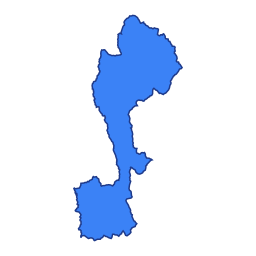 Chachapoyas, Amazonas, Peru
{"feature_id": "86281439B12993203122991", "entity_name": "Chachapoyas", "entity_type": "district", "adm_level": 2, "iso_a3": "PER", "parent_name": "Peru", "parent_adm1": "Amazonas", "projection": "robinson", "projection_center": [-77.817, -6.465], "detail": "fine", "context": "isolated", "style": "filled", "palette": "blue", "viewbox_px": 256, "rotation_deg": 0, "n_neighbors": 0, "source": "geoboundaries", "source_scale": "gbopen_adm2", "svg_char_len": 5803}
<svg xmlns="http://www.w3.org/2000/svg" viewBox="0 0 256 256"><path d="M127.0,235.8L129.5,234.0L130.9,232.4L130.5,229.9L130.6,229.6L131.6,228.7L131.7,228.1L133.0,227.3L135.2,226.5L135.5,225.3L136.8,223.7L135.3,222.2L135.0,221.4L134.1,221.0L133.7,220.5L131.9,216.3L132.3,214.8L131.2,214.1L130.9,212.7L130.4,212.0L130.6,210.3L130.2,209.1L129.1,207.3L128.4,205.2L126.4,202.0L125.9,200.3L126.9,198.9L131.1,198.0L131.8,197.4L132.1,196.8L131.5,195.6L131.1,191.8L130.6,191.0L129.5,190.3L129.0,188.5L129.5,184.9L130.7,181.2L129.8,180.2L130.0,178.6L129.6,177.4L130.4,175.7L130.1,174.0L129.4,172.1L129.9,170.1L130.8,168.6L130.5,167.4L130.8,167.2L131.9,167.6L133.2,168.9L135.1,169.9L136.1,172.4L137.8,173.8L139.4,174.1L140.4,173.9L142.1,173.1L142.8,172.6L143.3,171.4L145.3,170.1L145.8,167.9L145.9,166.4L145.7,166.1L146.9,165.0L146.8,164.5L150.4,160.7L151.3,160.1L152.1,159.9L151.3,159.2L150.4,159.0L149.3,158.3L146.6,158.0L145.4,155.9L145.3,154.0L144.5,152.5L143.5,152.9L142.6,152.6L141.5,152.7L139.8,154.2L138.9,154.0L138.0,153.4L137.0,153.2L136.5,152.4L136.4,151.1L136.5,149.6L136.9,148.5L134.8,148.3L133.2,146.8L133.4,146.1L132.8,144.1L133.3,143.0L132.6,141.6L132.8,138.9L132.2,136.1L132.7,134.3L132.2,131.8L131.5,130.2L131.5,128.8L130.7,128.0L131.8,127.3L132.0,125.5L130.9,124.4L129.4,121.9L129.9,118.5L128.9,115.5L128.2,114.8L128.3,114.4L129.7,110.7L132.3,108.8L132.5,107.9L135.1,105.9L137.4,105.7L136.3,103.9L136.1,102.9L136.5,101.4L137.0,100.9L138.2,100.2L139.1,100.0L139.7,100.3L142.1,100.4L142.8,101.0L143.9,101.1L145.2,99.4L145.9,99.3L147.3,98.3L148.0,97.5L149.6,96.7L149.8,96.0L151.7,95.4L152.6,93.8L152.7,90.2L153.3,88.8L153.9,88.3L156.0,90.2L157.1,90.5L159.3,93.4L159.8,93.1L160.7,93.3L163.3,94.5L164.1,93.7L165.8,93.0L168.6,89.8L169.4,88.0L170.0,85.1L170.5,84.6L170.9,83.6L171.0,82.8L170.5,81.8L170.6,80.7L171.6,79.7L172.0,78.4L172.6,77.8L173.3,76.3L173.9,75.7L174.5,75.6L174.9,74.6L176.0,74.3L176.6,73.7L178.4,71.3L179.5,69.1L181.3,68.6L182.1,67.6L180.0,64.3L178.8,63.6L178.8,62.4L178.5,62.0L177.1,62.0L176.3,61.0L177.1,58.3L176.7,56.4L175.1,53.8L174.4,53.4L174.5,51.5L175.2,51.1L174.7,48.7L175.1,47.5L175.0,47.0L174.3,46.4L172.2,46.2L171.9,45.1L171.2,44.4L169.8,41.4L169.0,41.4L168.3,40.6L168.2,39.1L165.8,38.7L165.2,37.7L165.2,36.3L163.8,34.0L163.3,33.8L162.1,35.1L161.4,34.7L160.6,34.8L159.8,35.7L159.1,35.6L157.9,34.9L157.5,34.5L157.6,33.7L158.4,29.8L158.3,29.2L157.6,28.7L155.8,28.5L154.3,27.9L153.0,28.8L151.3,27.9L149.8,28.0L148.9,27.5L147.8,26.1L145.7,25.2L145.3,24.2L144.0,23.5L143.6,22.1L141.1,23.2L140.5,23.2L138.8,19.7L138.2,19.1L137.5,17.6L134.9,15.7L132.6,15.4L132.0,15.8L131.0,16.0L129.7,15.9L129.0,17.2L127.8,18.2L126.9,18.4L124.9,20.5L124.0,22.2L124.5,23.9L124.4,25.2L123.7,25.5L122.9,26.8L121.0,32.6L121.4,33.8L119.8,33.2L118.0,34.5L118.4,35.2L118.1,36.3L118.2,38.1L117.7,39.2L118.1,41.1L117.8,42.1L118.0,43.5L117.7,45.2L118.1,45.9L118.2,47.4L119.0,48.2L119.9,49.8L120.0,51.0L121.2,53.2L121.2,54.3L120.6,54.8L117.6,55.4L116.9,55.1L116.7,55.4L115.5,55.6L115.1,55.9L113.7,55.4L113.2,55.6L111.3,55.5L110.8,55.1L109.0,54.6L107.8,53.7L107.2,52.7L104.7,49.8L103.6,49.8L102.8,50.2L101.8,49.9L101.0,51.8L100.8,53.8L101.0,55.4L100.6,57.5L99.3,59.4L99.5,60.4L99.0,61.6L99.5,62.9L99.5,64.2L98.5,65.1L98.5,66.1L98.1,66.7L99.1,68.7L99.0,69.8L99.8,70.7L99.9,71.5L99.6,71.9L99.6,72.6L99.0,73.1L98.8,74.2L98.4,74.4L98.2,75.1L97.2,75.8L97.0,78.2L96.8,78.8L96.2,79.0L95.9,80.7L95.2,81.3L94.0,81.5L93.6,81.8L93.0,83.4L92.5,83.7L92.1,85.6L92.5,88.2L92.3,88.9L93.3,89.3L93.2,90.0L93.5,90.4L93.4,91.1L93.7,91.6L93.5,93.7L93.0,94.1L93.3,94.9L93.3,96.1L94.2,96.9L94.3,97.9L95.0,98.8L94.9,99.2L94.0,100.1L94.4,100.6L94.6,102.2L95.1,102.8L95.2,104.7L95.6,104.8L96.3,106.1L96.4,107.3L97.9,106.7L99.0,107.0L99.4,109.3L99.1,109.8L99.2,110.3L100.9,112.9L102.2,114.2L102.4,115.5L103.2,116.0L104.4,115.6L105.0,116.3L105.0,117.3L105.4,117.9L104.9,119.1L104.5,119.5L104.5,120.1L105.1,121.0L105.2,121.7L107.3,123.9L107.6,124.8L107.5,126.2L107.9,127.9L107.5,129.3L107.1,130.0L107.0,130.7L107.7,131.6L107.9,133.3L109.1,135.0L109.0,136.5L109.3,137.4L110.8,139.4L111.8,141.4L112.9,142.3L113.3,144.2L113.9,145.5L113.7,147.7L113.8,148.3L113.4,148.8L113.4,150.3L115.8,155.8L115.8,156.3L117.0,160.1L116.7,160.7L116.9,161.5L116.5,162.1L116.8,163.0L116.5,164.5L117.2,165.1L118.3,166.7L118.7,167.6L118.5,168.4L118.8,169.1L119.6,169.4L119.5,170.8L119.1,171.5L119.7,174.5L119.3,175.7L119.5,176.8L119.3,178.6L118.6,179.7L118.7,180.3L117.1,180.2L115.3,181.5L114.7,182.2L114.4,183.9L113.9,184.5L113.4,184.8L113.2,185.5L112.5,185.9L110.6,185.0L108.5,184.7L107.2,185.0L106.6,184.9L104.6,185.6L102.9,185.6L101.5,186.1L100.9,185.6L100.9,183.7L99.2,181.9L98.7,179.0L97.1,177.9L96.4,176.7L93.9,177.1L93.3,176.6L92.7,177.4L92.2,179.4L89.6,180.5L88.8,181.8L87.7,181.4L86.4,182.6L85.1,182.4L84.0,183.0L80.9,183.3L80.8,185.2L79.5,188.0L75.8,188.7L74.6,188.5L74.3,188.1L73.9,188.4L74.7,190.5L75.5,191.5L75.1,192.2L75.3,193.1L75.7,193.7L76.6,193.3L76.8,193.6L76.9,194.3L76.3,194.5L76.1,194.9L77.0,195.6L76.6,196.9L77.2,198.8L76.6,199.7L77.8,202.1L77.1,204.3L77.5,204.7L78.1,204.7L78.5,205.0L78.0,206.6L78.2,207.3L77.0,208.2L76.6,208.6L76.5,209.2L75.5,210.0L75.3,210.7L76.0,211.4L79.0,212.0L80.9,214.5L80.7,215.7L79.8,217.0L80.9,217.9L80.0,219.9L80.1,220.6L81.0,221.2L81.0,224.6L80.3,225.0L80.0,226.6L78.5,228.7L78.9,229.8L80.3,229.9L81.0,230.6L81.0,232.2L81.6,233.1L81.3,235.2L80.8,235.9L80.9,237.1L81.2,237.1L81.4,236.4L82.3,235.8L84.3,235.5L88.4,238.5L91.0,237.8L92.6,238.3L93.5,239.1L94.1,240.4L94.7,240.6L97.2,239.3L100.4,239.2L101.0,238.2L102.6,237.4L103.9,235.4L104.7,235.7L105.5,236.4L106.9,236.6L108.5,237.6L111.1,238.5L111.9,237.4L112.6,234.3L114.0,234.2L115.0,234.9L117.1,235.0L118.8,236.2L120.4,234.2L121.5,233.8L121.8,232.6L123.1,230.9L124.5,232.8L125.6,235.3L127.0,235.8Z" fill="#3b82f6" stroke="#1e3a8a" stroke-width="1.5"/></svg>